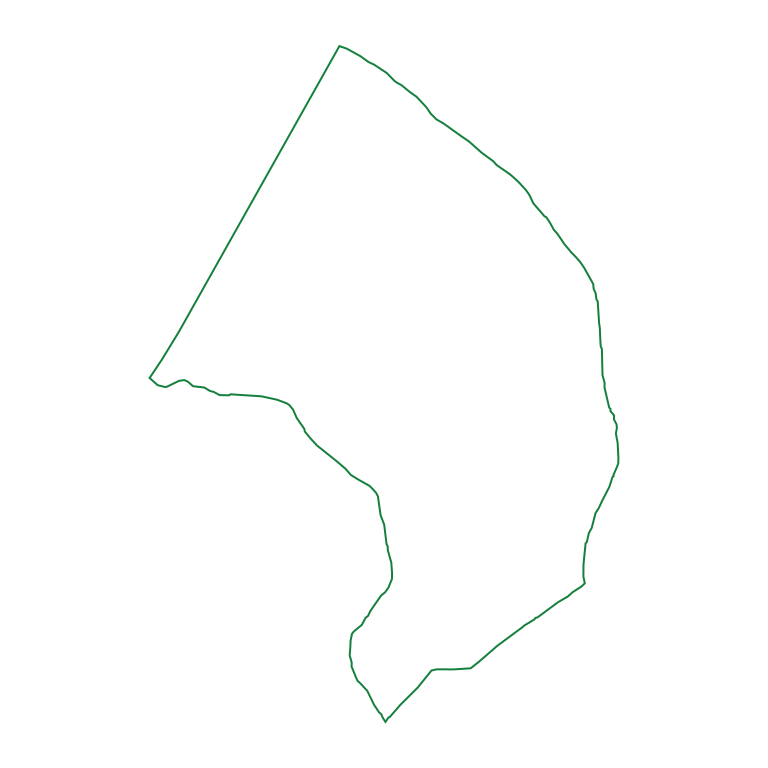 the district of Cuilco, Huehuetenango, Guatemala
{"feature_id": "79465075B28423402187553", "entity_name": "Cuilco", "entity_type": "district", "adm_level": 2, "iso_a3": "GTM", "parent_name": "Guatemala", "parent_adm1": "Huehuetenango", "projection": "albers", "projection_center": [-91.949, 15.456], "detail": "fine", "context": "isolated", "style": "outline", "palette": "green", "viewbox_px": 768, "rotation_deg": 0, "n_neighbors": 0, "source": "geoboundaries", "source_scale": "gbopen_adm2", "svg_char_len": 2156}
<svg xmlns="http://www.w3.org/2000/svg" viewBox="0 0 768 768"><path d="M584.8,583.3L583.4,576.5L583.5,564.4L585.6,543.3L586.8,542.1L588.9,533.0L591.7,527.9L595.6,513.0L598.9,507.8L602.5,500.1L609.3,487.0L612.6,476.8L613.6,476.2L613.6,474.6L617.2,466.5L618.3,463.0L618.4,457.2L617.6,442.6L615.9,433.6L616.9,427.6L616.5,424.3L614.0,419.5L614.1,415.5L610.5,411.1L610.4,408.8L609.2,407.6L604.5,387.5L604.6,382.9L602.5,375.2L601.9,349.1L600.7,346.2L600.3,339.5L599.8,327.9L599.1,323.2L597.7,301.3L596.4,299.4L595.7,293.4L593.7,289.0L593.2,284.0L585.5,270.2L584.4,268.2L582.9,265.9L579.7,261.4L576.6,257.9L575.5,256.7L570.6,251.7L569.6,250.3L564.6,244.4L557.4,233.8L553.9,229.9L550.2,223.2L549.0,221.2L546.2,217.1L544.7,216.5L533.3,203.3L529.4,195.0L525.9,190.0L520.1,183.7L517.9,181.4L510.5,174.7L496.7,165.1L493.3,161.3L481.5,152.6L468.9,141.4L461.4,136.3L443.7,123.6L436.3,119.3L430.7,113.6L429.1,111.3L426.4,107.3L416.6,96.8L409.8,92.0L401.4,85.1L397.1,82.8L394.7,81.1L386.6,72.9L374.0,64.6L368.3,61.9L360.6,56.3L346.6,48.6L339.4,46.1L179.0,331.6L162.0,359.4L149.6,378.0L157.7,385.2L164.5,386.9L166.8,386.8L179.1,380.8L184.4,380.1L187.9,381.7L193.0,386.2L204.2,387.5L210.3,391.1L213.5,391.8L219.6,395.1L229.1,395.3L230.5,394.3L261.4,396.3L276.6,399.6L286.7,403.3L289.4,405.1L293.0,409.5L296.8,418.1L304.3,428.9L304.8,431.5L311.0,439.0L317.1,445.6L337.5,461.9L345.7,469.0L350.8,474.9L358.0,479.4L369.7,486.0L373.7,490.1L376.1,492.9L377.9,496.3L380.6,515.2L384.2,524.7L386.6,544.4L387.7,546.2L387.8,550.2L391.3,562.6L392.1,573.6L391.9,579.1L388.5,587.5L385.1,592.3L381.3,595.3L375.6,603.4L370.3,611.1L368.1,615.8L365.6,617.8L361.8,624.9L354.5,630.9L353.5,631.9L352.0,633.8L350.6,640.6L350.3,647.5L349.7,655.4L351.7,662.6L351.6,666.6L355.9,677.2L357.7,681.1L359.1,682.1L361.5,684.6L367.3,690.9L373.9,704.5L379.0,712.3L381.2,714.1L382.7,717.6L385.4,721.9L388.5,717.5L389.6,717.2L400.4,704.8L417.7,687.6L431.5,670.5L436.8,669.3L453.6,669.4L470.7,668.3L479.1,661.6L497.3,645.8L522.8,626.9L524.0,625.7L534.5,619.3L535.4,617.9L537.5,617.4L548.7,609.1L558.2,602.1L568.1,596.3L572.6,592.2L581.6,586.4L584.8,583.3Z" fill="none" stroke="#15803d" stroke-width="2"/></svg>